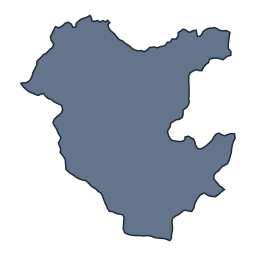 the district of Vargem Bonita, Minas Gerais, Brazil
{"feature_id": "56859067B90088641523140", "entity_name": "Vargem Bonita", "entity_type": "district", "adm_level": 2, "iso_a3": "BRA", "parent_name": "Brazil", "parent_adm1": "Minas Gerais", "projection": "robinson", "projection_center": [-46.322, -20.439], "detail": "fine", "context": "isolated", "style": "filled", "palette": "slate", "viewbox_px": 256, "rotation_deg": 0, "n_neighbors": 0, "source": "geoboundaries", "source_scale": "gbopen_adm2", "svg_char_len": 3352}
<svg xmlns="http://www.w3.org/2000/svg" viewBox="0 0 256 256"><path d="M224.5,189.6L222.1,187.6L219.5,185.8L217.5,183.3L215.6,181.1L213.9,179.0L213.8,175.2L216.1,172.3L218.4,171.1L220.3,168.6L222.3,166.4L224.6,165.4L227.3,163.8L229.1,160.6L230.2,156.0L231.3,152.6L231.5,149.8L232.2,145.7L233.2,141.7L235.1,138.3L234.6,133.9L230.9,133.6L227.8,134.5L224.9,135.8L221.8,134.9L219.3,133.2L216.1,134.1L214.0,136.7L212.0,140.4L208.7,143.6L205.7,146.1L203.5,147.6L200.9,148.9L197.9,148.9L195.7,145.6L194.9,142.3L193.6,139.1L190.8,137.6L188.3,136.2L185.1,137.0L184.8,139.8L182.5,141.3L179.4,141.6L175.8,141.1L172.0,140.4L169.9,138.2L168.6,135.6L167.5,132.0L168.3,129.5L170.0,127.1L170.8,123.1L173.4,121.4L176.0,119.8L179.1,119.4L182.2,117.6L183.1,114.4L183.1,110.0L186.9,107.3L188.6,104.3L189.2,101.4L188.7,98.7L189.0,95.8L189.1,92.9L189.0,89.9L189.0,86.3L188.7,82.1L188.8,79.1L188.7,75.9L190.2,72.8L193.4,70.8L196.6,69.7L199.3,70.6L202.0,70.6L203.5,67.2L205.8,64.6L208.3,62.7L209.6,59.2L212.3,58.3L215.1,58.1L217.6,58.0L220.2,58.9L223.2,59.7L225.8,57.3L228.1,56.0L230.8,55.4L230.9,51.6L228.4,48.4L228.2,45.0L228.5,42.0L229.0,38.1L229.9,32.4L226.3,30.6L221.8,30.8L218.9,29.9L216.7,28.5L214.6,27.6L212.2,28.1L209.7,28.1L206.6,29.1L203.1,31.5L202.0,34.0L200.4,36.0L197.4,36.5L196.7,33.4L196.1,30.1L192.2,30.9L190.1,32.4L187.5,31.5L185.3,29.7L183.0,29.2L180.6,31.1L178.2,32.5L178.2,36.0L176.1,39.1L172.0,39.0L170.2,42.2L167.3,42.3L165.7,44.9L163.5,46.2L160.5,46.5L157.7,47.8L154.1,47.0L149.6,47.5L146.4,50.6L144.0,51.6L141.3,50.6L138.1,50.9L135.1,50.1L132.6,48.9L130.7,47.1L128.1,45.0L125.0,43.2L122.7,41.0L119.3,39.7L116.8,36.9L114.7,34.1L112.7,32.4L110.2,30.3L108.6,27.7L107.9,24.5L109.8,22.8L107.7,20.3L105.5,21.9L103.2,20.7L99.9,21.9L97.6,20.5L94.8,21.4L91.9,21.0L91.4,17.9L90.1,15.4L87.0,17.2L83.2,18.4L80.6,19.6L78.0,21.6L76.2,23.4L75.8,27.0L72.8,27.2L71.3,24.1L68.4,22.2L65.3,23.1L62.6,25.7L59.1,27.8L55.4,26.8L53.3,30.9L51.8,34.1L50.5,36.7L51.2,40.4L53.8,44.3L52.4,47.5L50.0,49.4L48.0,51.4L46.1,53.4L43.3,54.7L40.8,57.6L38.6,59.6L36.9,61.5L36.7,65.2L34.7,69.1L33.0,72.3L32.1,75.9L30.7,79.2L28.6,81.4L26.0,82.8L23.2,82.8L20.9,83.4L23.4,87.0L26.4,89.6L28.7,91.6L31.7,92.9L35.2,94.4L38.2,95.4L41.1,94.1L43.5,93.5L45.7,96.3L48.3,98.6L51.4,99.5L54.0,101.8L57.1,103.4L61.6,105.3L62.7,109.7L61.2,113.2L59.0,115.1L57.1,116.5L54.4,119.1L53.0,122.6L54.4,125.7L56.8,129.5L58.1,133.0L59.6,135.4L60.9,137.7L59.9,140.5L58.4,142.8L59.5,146.0L60.8,149.2L60.1,152.5L62.7,155.5L65.3,159.5L65.5,163.2L65.7,166.0L65.9,169.2L67.9,171.2L69.9,173.0L72.5,174.5L75.3,176.6L78.6,178.6L82.1,179.9L85.6,180.5L88.3,182.9L91.2,186.1L93.7,187.6L96.3,189.4L98.2,191.5L100.5,192.7L102.3,195.3L103.7,199.2L105.0,202.8L106.7,205.9L107.6,208.7L109.3,211.3L113.1,211.8L116.6,213.6L119.9,214.2L122.8,214.8L124.2,217.4L123.7,220.9L123.6,224.5L123.2,228.7L124.9,232.9L128.0,234.3L131.4,235.1L135.2,235.6L138.5,235.5L141.4,235.7L144.0,235.9L147.5,235.5L151.3,236.2L155.3,237.7L160.5,238.3L164.2,238.5L166.6,239.3L169.9,240.6L171.3,238.4L171.6,233.6L172.5,229.8L172.4,225.8L171.9,221.9L172.6,218.2L175.7,215.9L178.0,214.9L180.6,213.1L183.2,210.8L185.5,210.2L188.1,210.9L191.7,211.5L193.9,208.1L194.6,204.4L195.7,201.8L197.4,198.6L200.4,194.8L204.3,192.9L207.2,194.9L209.6,196.0L212.3,196.5L215.5,196.7L218.6,194.3L221.8,191.5L224.5,189.6Z" fill="#64748b" stroke="#1e293b" stroke-width="1.5"/></svg>